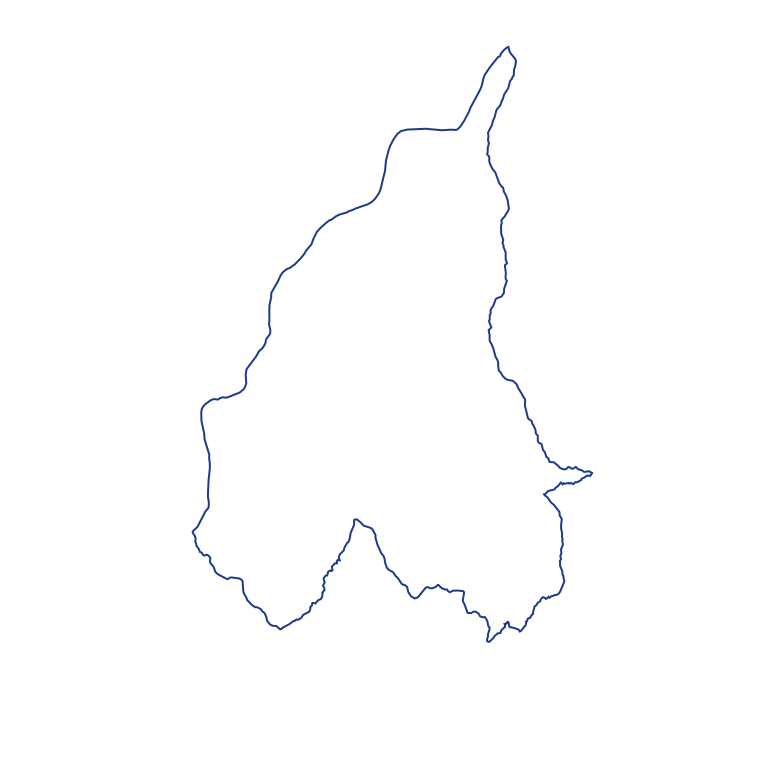 Briceño, Antioquia, Colombia (Natural Earth projection), rotated 341°
{"feature_id": "7082276B58597491510364", "entity_name": "Briceño", "entity_type": "district", "adm_level": 2, "iso_a3": "COL", "parent_name": "Colombia", "parent_adm1": "Antioquia", "projection": "natural_earth1", "projection_center": [-75.542, 7.121], "detail": "fine", "context": "isolated", "style": "outline", "palette": "blue", "viewbox_px": 768, "rotation_deg": 341, "n_neighbors": 0, "source": "geoboundaries", "source_scale": "gbopen_adm2", "svg_char_len": 6154}
<svg xmlns="http://www.w3.org/2000/svg" viewBox="0 0 768 768"><g transform="rotate(341 384 384)"><path d="M602.5,109.4L600.4,111.8L598.1,112.1L587.5,118.8L580.1,124.3L577.7,127.2L572.8,134.8L569.7,138.0L555.8,150.8L552.5,154.7L545.5,161.2L540.2,165.3L536.4,167.2L534.5,167.1L530.0,165.3L521.8,163.1L506.7,156.3L488.8,151.0L482.3,150.4L477.8,152.0L472.3,156.1L467.7,160.5L464.5,164.4L458.6,173.4L454.6,182.4L443.9,199.1L441.2,202.1L435.6,206.1L431.4,208.0L427.0,208.8L414.0,208.8L411.0,209.3L407.2,209.1L404.9,209.7L397.2,209.3L393.1,209.8L388.2,211.4L385.7,211.5L382.2,212.6L374.4,215.9L370.1,218.3L364.4,223.9L361.4,227.7L359.7,229.1L353.9,232.4L351.8,234.4L346.5,237.9L338.2,242.0L332.9,243.5L329.2,243.8L324.8,245.4L322.0,247.3L317.0,252.5L307.1,261.2L305.6,265.2L301.4,272.2L299.0,278.5L296.3,286.7L294.7,290.1L294.1,295.9L292.7,299.4L287.1,303.4L284.8,307.2L282.3,309.4L280.0,310.9L276.2,312.5L272.2,316.2L258.9,325.2L256.4,329.7L253.9,338.8L250.2,343.0L244.8,345.1L231.7,345.7L230.1,345.5L227.3,344.1L224.3,344.0L221.9,344.7L218.5,342.9L215.0,342.9L208.9,344.8L206.4,346.0L203.7,348.1L202.0,351.2L199.3,359.7L197.9,372.1L196.3,378.2L195.8,394.0L194.5,397.2L193.4,402.6L192.1,406.5L186.8,417.9L181.9,430.2L180.7,433.9L180.0,438.3L178.8,441.9L177.6,444.0L173.6,446.4L161.2,458.3L155.8,460.8L154.9,461.7L154.7,462.4L155.6,465.6L155.7,468.3L154.2,471.9L154.4,474.2L154.0,475.9L155.3,480.1L155.2,482.7L156.7,484.1L157.4,487.0L158.4,487.8L160.7,487.6L161.7,488.5L162.9,490.7L163.0,492.6L161.6,495.0L161.7,497.3L163.3,501.0L163.4,506.9L165.1,509.9L172.2,517.5L173.1,517.6L175.2,516.9L177.1,517.4L183.9,520.8L185.7,522.9L186.0,524.9L183.8,532.7L183.3,535.9L184.3,541.0L184.3,543.7L187.3,550.2L189.6,553.1L191.6,553.9L194.3,556.9L194.9,559.2L196.2,561.2L196.6,562.6L196.8,565.3L196.5,570.3L198.0,574.4L200.3,576.5L203.5,577.9L205.8,582.0L207.1,582.3L208.3,581.5L216.6,580.2L220.4,578.9L222.7,578.8L224.4,578.1L226.0,579.0L229.9,578.1L232.3,576.0L239.2,575.0L241.2,572.6L241.7,570.9L243.8,569.9L244.8,567.8L245.7,567.9L247.6,569.1L251.4,567.0L254.2,566.8L256.5,564.8L257.9,561.1L260.6,559.5L261.0,557.6L260.7,554.7L263.4,552.2L263.4,548.8L264.1,547.8L266.4,546.2L268.0,546.5L270.1,543.4L272.4,542.8L273.3,543.7L274.2,543.6L274.7,543.3L275.2,539.8L279.2,537.6L281.1,538.2L281.8,536.1L282.7,535.4L284.7,536.3L284.7,533.4L286.7,530.7L291.6,528.4L293.7,525.4L297.3,522.4L299.0,521.8L301.6,518.4L303.9,514.1L310.0,507.3L311.1,503.8L311.6,502.9L312.5,502.6L314.5,503.5L316.8,507.2L318.6,511.3L323.8,515.1L324.8,516.1L325.8,517.9L326.8,523.9L325.9,526.5L325.5,533.7L326.3,543.0L327.5,546.3L327.7,549.0L326.8,554.2L326.9,558.6L327.8,561.0L330.8,564.3L331.6,565.7L332.5,569.4L334.0,572.3L335.5,578.1L336.3,579.8L337.9,580.5L339.8,583.4L339.2,588.4L340.4,593.5L343.3,596.8L346.7,596.7L357.2,590.1L359.1,590.2L361.4,592.3L362.9,592.9L366.9,592.7L369.5,591.5L370.0,591.7L372.1,595.8L374.8,598.2L376.7,598.8L377.1,600.7L378.5,602.4L382.0,601.9L386.6,603.3L391.5,605.7L391.9,606.8L391.4,608.1L388.1,614.2L387.9,615.5L388.4,618.5L388.5,627.3L388.7,627.7L391.8,629.0L394.5,628.3L396.6,629.2L398.6,631.7L399.2,634.8L399.6,635.4L401.8,636.8L403.4,637.1L404.2,639.7L404.4,642.9L403.8,646.5L404.5,648.8L403.7,650.7L400.6,654.8L400.4,656.1L398.0,659.5L397.9,661.0L399.6,662.1L404.7,659.8L406.5,658.3L410.2,656.8L412.9,657.3L414.9,654.9L419.2,653.1L419.9,651.4L419.9,650.2L421.1,650.6L421.7,649.9L422.8,650.2L423.0,649.3L423.6,649.1L424.2,650.3L423.6,653.0L423.6,654.8L425.5,655.6L430.7,659.4L431.5,660.5L431.7,662.2L433.0,662.2L435.3,660.5L436.3,660.3L437.3,659.1L439.0,658.6L440.8,656.0L440.8,654.9L442.0,654.8L443.5,652.8L444.2,652.5L445.7,652.8L448.5,650.4L450.0,650.0L450.7,648.2L453.9,643.4L456.5,642.5L458.0,641.0L460.9,640.2L462.5,638.3L464.9,637.3L466.8,638.9L467.0,639.8L468.3,639.8L470.3,638.7L471.0,640.0L473.0,639.1L475.1,639.5L476.7,639.0L478.4,639.6L480.8,639.2L482.9,637.7L489.4,630.4L490.5,628.6L490.4,626.7L491.2,623.9L490.7,622.5L491.6,619.0L491.3,612.9L492.1,611.2L492.6,608.7L494.4,607.2L494.6,604.3L496.8,601.4L497.4,598.2L500.8,594.3L501.6,590.1L502.4,588.8L502.3,587.5L503.8,582.9L504.4,578.4L505.6,574.9L508.1,569.7L507.3,565.1L508.1,562.9L508.1,561.7L505.2,553.3L503.4,550.5L501.6,544.4L499.8,541.6L499.4,540.4L500.9,540.3L504.5,538.6L510.9,539.2L513.0,537.7L514.6,537.5L519.1,534.8L520.3,537.1L521.4,536.3L522.6,537.2L526.4,537.6L526.9,538.6L528.6,538.4L529.8,539.9L530.5,540.2L532.9,539.1L534.5,539.8L538.9,539.1L540.3,537.8L542.0,537.9L546.0,536.8L547.6,537.1L548.9,538.1L551.8,536.0L549.5,533.3L544.6,532.3L542.9,529.9L539.9,527.9L538.3,524.9L534.9,525.6L533.7,525.0L532.8,523.5L531.3,522.5L528.3,523.8L526.4,523.4L523.0,520.6L522.3,518.6L519.3,513.5L515.2,511.6L515.1,507.6L513.8,505.7L513.9,501.0L512.9,498.0L513.4,492.0L511.4,490.2L510.9,488.7L510.9,487.8L512.6,483.0L511.5,480.3L512.3,476.6L511.8,471.3L511.2,469.8L511.6,467.6L511.0,466.1L509.6,464.5L509.0,463.1L510.2,450.2L512.1,445.6L512.3,443.9L511.4,441.1L511.2,438.6L509.4,430.8L509.5,428.2L509.1,426.9L506.7,422.8L502.3,420.4L500.4,418.3L498.8,415.0L498.0,410.8L496.9,408.9L498.0,403.3L498.7,402.1L499.1,398.5L498.3,394.5L498.9,386.8L498.8,381.9L498.0,378.3L498.2,376.5L499.6,372.9L500.5,367.2L503.9,365.4L503.7,358.8L505.1,357.2L506.4,353.3L508.0,351.7L508.8,348.9L510.3,347.4L512.9,345.6L517.2,340.2L519.0,339.6L523.4,339.6L526.9,337.1L528.7,332.9L533.8,326.4L533.3,324.7L533.5,323.1L535.4,318.7L536.8,311.5L537.1,311.0L539.3,310.1L539.7,309.4L539.6,305.8L541.9,299.1L541.6,293.7L542.1,291.9L541.9,289.4L543.7,286.6L543.7,280.0L546.2,272.5L547.8,270.0L548.3,267.4L552.7,264.8L558.4,260.0L559.2,258.8L560.8,250.3L560.7,245.0L560.0,241.2L560.5,237.3L559.3,235.0L558.4,232.1L558.1,220.1L556.6,216.0L555.8,210.1L556.1,207.3L557.3,204.3L557.3,202.6L556.4,200.9L556.6,199.7L557.5,198.5L558.8,194.9L561.6,190.5L561.7,187.4L563.5,183.5L564.1,180.3L570.2,174.5L572.5,170.9L575.7,167.4L579.1,162.1L580.7,160.7L584.4,158.6L588.1,154.1L589.4,153.0L591.8,149.4L597.7,144.8L601.9,138.5L604.3,137.1L605.6,135.5L607.1,134.5L609.3,129.2L611.9,125.6L613.7,122.3L614.0,119.9L611.2,111.9L611.0,108.6L611.4,105.8L609.7,105.9L606.1,107.3L602.5,109.4Z" fill="none" stroke="#1e3a8a" stroke-width="2"/></g></svg>